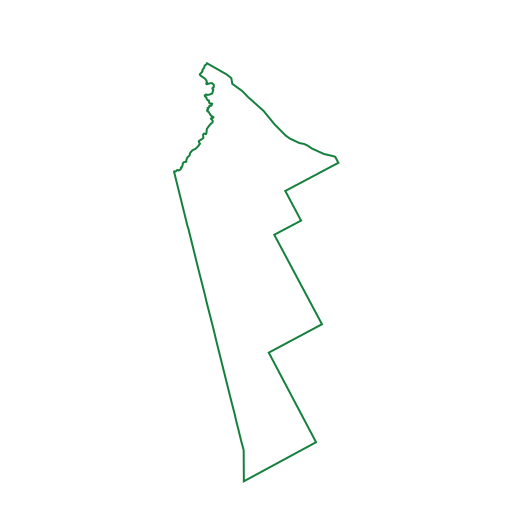 Gogebic, Michigan, United States of America, rotated 62°
{"feature_id": "52423323B42798401183733", "entity_name": "Gogebic", "entity_type": "district", "adm_level": 2, "iso_a3": "USA", "parent_name": "United States of America", "parent_adm1": "Michigan", "projection": "equal_earth", "projection_center": [-90.104, 46.431], "detail": "fine", "context": "isolated", "style": "outline", "palette": "green", "viewbox_px": 512, "rotation_deg": 62, "n_neighbors": 0, "source": "geoboundaries", "source_scale": "gbopen_adm2", "svg_char_len": 2333}
<svg xmlns="http://www.w3.org/2000/svg" viewBox="0 0 512 512"><g transform="rotate(62 256 256)"><path d="M448.6,290.4L347.3,290.1L347.2,229.8L245.8,229.9L245.9,199.6L212.3,199.6L212.4,139.5L205.6,139.5L204.7,140.3L197.7,148.2L187.2,156.3L182.7,158.6L179.5,161.1L176.7,164.6L168.0,171.1L163.4,173.3L148.5,177.8L131.4,181.2L111.6,188.5L104.1,190.6L92.9,196.1L87.3,194.3L81.7,196.8L62.8,208.8L63.5,209.9L63.8,211.9L65.6,213.7L66.2,215.3L67.2,216.4L67.6,216.4L68.0,217.0L68.9,219.2L69.0,220.0L69.5,220.5L71.1,220.1L74.6,218.2L75.8,217.7L78.1,217.4L79.1,217.8L79.3,217.7L79.7,217.8L80.2,218.8L80.8,219.0L81.2,218.9L81.3,218.6L81.9,215.5L82.7,213.7L84.7,213.0L86.1,213.3L87.3,214.4L87.1,215.1L87.5,215.8L88.0,216.0L89.2,215.7L91.8,218.2L91.9,219.0L91.5,221.9L90.8,223.6L89.9,224.3L90.1,225.8L90.9,226.2L91.0,226.2L91.3,225.9L92.6,225.5L92.9,225.4L93.7,225.8L95.2,225.7L96.2,225.3L96.2,224.9L96.6,224.6L98.6,225.3L99.2,225.3L100.4,224.1L100.5,223.6L100.9,223.3L102.1,224.5L102.3,225.0L101.5,226.5L102.7,227.8L102.7,228.1L102.6,228.5L102.6,229.0L102.7,229.3L103.2,229.4L103.7,229.3L104.1,229.7L104.1,230.1L104.1,230.5L104.7,230.9L105.4,230.9L105.9,230.7L106.3,230.2L108.7,230.0L109.3,230.2L110.0,230.0L111.9,229.4L113.2,228.4L113.5,228.5L113.8,229.1L113.3,230.2L113.3,230.7L113.5,231.3L113.9,231.3L115.7,230.7L116.2,230.7L117.2,231.3L117.7,231.9L117.7,232.5L118.5,235.2L120.6,239.5L121.2,240.2L123.5,241.5L124.7,242.7L124.8,243.0L124.5,243.4L123.9,243.9L123.5,244.7L124.2,245.8L124.6,246.1L127.0,247.0L127.3,248.2L127.7,252.6L128.6,252.9L130.6,252.8L130.6,253.0L130.7,253.6L131.6,254.7L132.9,258.8L133.0,259.6L132.8,261.9L133.1,263.5L134.4,266.3L135.6,267.0L136.1,267.7L136.7,270.1L138.1,272.0L139.2,273.0L139.5,273.0L140.0,273.3L139.3,275.5L139.6,276.6L140.3,277.5L141.5,278.3L142.5,279.5L142.6,279.8L142.5,280.3L142.7,280.7L143.0,280.8L143.4,280.8L143.6,281.0L144.2,282.4L144.2,284.0L144.0,284.4L143.4,284.7L143.1,285.5L143.2,285.9L143.4,286.2L143.6,286.9L143.4,287.8L143.0,288.2L142.9,288.3L143.0,288.7L143.2,288.8L194.9,301.8L197.7,302.5L200.1,302.9L200.6,303.0L239.5,312.8L265.7,319.2L273.6,321.3L302.0,328.2L312.3,330.9L371.6,345.7L387.0,349.4L387.5,349.6L390.9,350.5L391.5,350.6L392.1,350.8L393.9,351.3L401.4,353.1L402.8,353.5L412.7,356.0L421.8,358.1L449.2,372.5L448.6,290.4Z" fill="none" stroke="#15803d" stroke-width="2"/></g></svg>